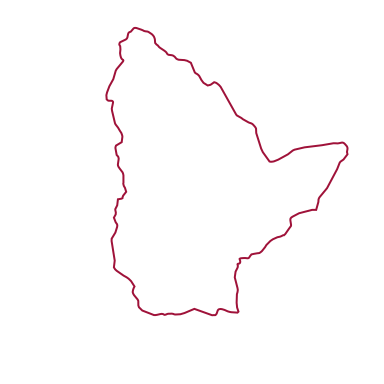 map outline of Baghlan (Mercator projection), rotated 114°
{"feature_id": "AFG-1766", "entity_name": "Baghlan", "entity_type": "Province", "adm_level": 1, "iso_a3": "AFG", "parent_name": "Afghanistan", "parent_adm1": "", "projection": "mercator", "projection_center": [68.855, 35.789], "detail": "fine", "context": "isolated", "style": "outline", "palette": "rose", "viewbox_px": 384, "rotation_deg": 114, "n_neighbors": 0, "source": "natural_earth", "source_scale": "10m", "svg_char_len": 3805}
<svg xmlns="http://www.w3.org/2000/svg" viewBox="0 0 384 384"><g transform="rotate(114 192 192)"><path d="M320.5,189.2L318.9,193.5L318.3,194.1L317.4,194.9L313.3,196.8L312.3,198.0L309.8,203.0L308.7,204.5L307.5,205.5L305.5,206.0L303.6,206.2L301.7,206.1L298.2,211.4L297.0,214.6L296.5,217.1L296.2,220.5L294.6,228.8L293.9,230.8L292.6,232.7L286.1,234.7L269.5,245.5L267.3,246.4L260.2,245.5L254.3,246.2L252.8,246.7L251.9,247.4L250.7,249.4L247.2,252.9L243.5,252.6L241.6,253.3L240.0,254.5L238.9,255.1L234.6,254.9L228.8,256.7L226.7,253.6L225.9,253.0L225.0,253.3L223.3,253.4L218.6,252.2L215.5,254.9L214.2,256.7L213.1,257.6L212.3,258.2L211.4,258.4L204.7,261.4L203.3,262.4L202.3,263.4L200.0,267.6L198.8,269.5L197.9,270.4L197.0,270.9L191.4,272.5L190.3,273.3L189.7,273.9L188.8,275.9L182.9,279.9L181.8,280.2L180.5,280.3L175.1,276.5L170.0,278.0L169.2,278.4L168.0,279.4L166.8,280.6L165.4,282.8L163.3,285.7L161.3,289.4L160.3,290.5L160.0,290.7L150.3,298.1L148.5,299.2L142.4,300.5L141.6,301.0L141.3,301.7L141.3,302.2L141.5,303.0L142.2,304.5L142.5,305.3L142.6,305.8L142.1,307.6L138.4,309.6L135.7,310.1L129.0,310.5L120.9,309.8L112.2,311.0L110.3,310.8L100.7,308.1L99.8,308.2L99.4,308.6L99.3,309.3L99.1,310.0L98.7,310.8L97.8,311.8L96.3,313.0L94.4,314.2L90.8,315.4L88.0,316.9L87.0,318.3L86.2,318.6L85.6,318.7L84.9,318.7L84.3,318.5L79.7,314.6L78.8,314.1L77.9,313.9L77.0,313.9L73.9,314.6L73.0,314.7L72.2,314.6L71.6,314.3L71.1,313.9L70.7,313.4L70.3,313.1L66.3,311.9L65.6,311.4L65.2,310.7L64.8,309.5L64.3,304.1L64.3,303.1L64.3,302.1L64.4,301.2L64.2,300.2L64.0,299.4L63.7,298.5L63.5,297.7L63.5,296.7L64.1,293.2L64.4,292.2L65.1,290.7L65.7,289.8L66.7,288.8L67.5,288.1L70.8,286.3L71.7,284.4L72.0,282.9L73.0,280.9L73.3,279.7L74.1,275.0L74.5,273.3L75.0,272.0L75.6,271.3L76.1,270.3L76.2,269.2L75.2,265.9L75.1,264.5L75.5,262.8L76.6,260.5L76.7,259.3L76.6,258.0L74.6,252.6L74.1,249.8L74.4,245.6L81.5,238.2L82.0,237.2L82.1,235.7L82.4,234.2L83.0,232.7L85.9,228.9L87.6,225.9L88.3,221.0L86.7,218.9L86.1,218.4L82.7,216.4L82.5,214.9L82.5,214.1L82.7,213.0L83.3,210.8L84.3,208.6L103.2,183.3L103.8,182.2L104.3,177.0L104.8,175.1L105.4,168.8L105.4,167.8L105.2,165.6L105.3,164.6L105.6,163.6L106.6,161.4L107.2,160.3L108.0,159.3L112.0,157.3L124.2,146.5L126.8,143.5L132.6,133.6L132.3,132.2L131.4,130.6L130.6,129.5L127.4,126.4L118.6,119.7L113.1,116.8L111.6,115.5L105.4,107.3L96.4,92.3L90.0,82.7L89.4,81.4L88.4,78.8L87.8,77.8L86.0,75.3L85.6,74.4L85.5,73.4L85.9,72.0L86.9,69.8L87.4,68.9L88.2,68.1L89.3,67.5L92.4,66.7L94.3,65.3L100.7,66.8L103.9,68.7L105.2,69.0L112.1,68.7L133.6,70.2L144.7,73.3L146.2,73.5L147.6,73.3L149.7,72.5L157.8,71.3L159.4,74.9L167.8,85.5L173.5,90.0L174.9,90.9L176.1,91.2L177.0,91.0L177.9,90.6L181.6,88.2L182.3,87.9L183.0,87.8L186.2,88.5L192.5,89.7L194.1,90.4L194.2,90.8L194.4,91.1L194.6,91.3L196.1,92.5L197.0,93.4L198.6,95.6L202.3,98.9L204.9,100.5L210.2,102.5L212.6,102.8L217.6,104.1L219.2,104.9L220.3,105.6L220.9,106.5L221.4,107.4L223.2,110.1L224.8,112.3L227.0,112.9L228.7,113.1L229.5,113.6L230.0,114.4L230.7,116.6L231.4,118.1L232.6,120.3L233.2,121.0L233.7,121.3L234.1,121.1L235.2,120.1L235.8,119.7L236.5,119.4L237.6,119.4L238.2,119.8L238.8,120.7L239.2,121.0L239.5,121.0L239.9,120.8L240.4,120.3L241.3,119.9L242.4,119.6L247.0,119.8L252.6,118.2L261.2,111.4L262.9,110.3L265.0,109.7L267.1,109.4L275.0,106.2L279.2,103.8L282.4,100.9L283.7,101.4L285.9,107.4L286.3,109.3L286.5,110.9L286.5,114.2L286.8,116.7L287.2,118.2L287.8,119.2L288.3,119.8L288.8,120.1L289.3,120.2L289.8,120.3L293.1,120.0L294.9,120.5L296.4,123.6L297.8,142.3L305.6,149.6L308.4,152.9L310.7,157.4L310.9,158.1L311.0,158.6L311.0,159.5L311.1,159.9L311.3,160.8L312.7,163.8L313.4,164.9L314.4,165.8L314.9,166.4L315.3,166.9L315.4,167.4L315.4,167.7L315.3,168.8L315.6,170.0L316.4,171.3L318.3,173.8L319.3,175.3L319.9,176.7L320.5,189.2Z" fill="none" stroke="#9f1239" stroke-width="2"/></g></svg>